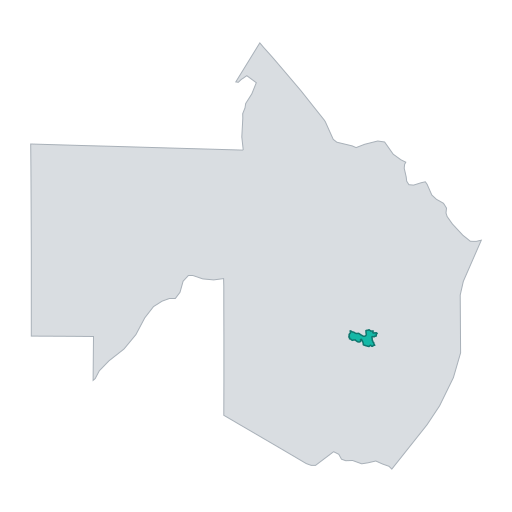 location of Tecpán Guatemala, Chimaltenango, Guatemala, rotated 270°
{"feature_id": "79465075B20320299128156", "entity_name": "Tecpán Guatemala", "entity_type": "district", "adm_level": 2, "iso_a3": "GTM", "parent_name": "Guatemala", "parent_adm1": "Chimaltenango", "projection": "orthographic", "projection_center": [-90.996, 14.81], "detail": "fine", "context": "in_parent", "style": "filled", "palette": "teal", "viewbox_px": 512, "rotation_deg": 270, "n_neighbors": 0, "source": "geoboundaries", "source_scale": "gbopen_adm2", "svg_char_len": 4158}
<svg xmlns="http://www.w3.org/2000/svg" viewBox="0 0 512 512"><g transform="rotate(270 256 256)"><path d="M42.9,391.8L45.7,389.0L48.0,382.5L51.0,375.8L49.2,368.0L48.2,361.7L51.5,352.6L51.3,345.7L52.8,341.5L57.7,338.8L60.3,333.6L46.6,315.5L46.6,311.3L48.4,306.3L59.7,287.1L73.1,264.2L87.8,239.0L96.7,223.8L128.8,223.9L150.0,223.9L177.0,223.9L206.3,223.8L225.5,223.8L233.4,223.6L232.1,213.7L233.1,202.8L236.5,192.8L236.5,188.4L230.8,183.1L219.7,180.0L213.5,175.3L213.5,169.3L210.8,162.0L205.4,153.5L194.2,144.8L177.4,135.9L163.0,124.0L151.2,109.0L141.2,99.3L133.4,95.2L131.6,93.1L154.2,93.3L175.5,93.5L175.7,72.0L175.8,52.9L175.9,31.3L214.5,31.3L260.6,31.3L308.4,31.1L345.9,30.9L368.0,30.7L367.2,57.5L366.3,88.5L365.7,111.2L364.8,141.7L363.9,172.8L362.7,215.2L361.9,242.6L362.4,243.2L375.0,241.8L393.7,242.8L398.3,242.7L404.1,245.0L408.5,245.7L418.1,251.8L429.3,256.3L436.3,246.8L432.5,241.2L429.7,238.3L430.1,235.8L469.1,259.8L464.6,263.6L454.8,272.4L437.1,287.5L421.2,301.0L405.8,313.2L392.0,324.2L390.3,325.3L372.7,333.2L369.8,336.8L366.1,352.2L364.4,356.1L367.7,364.6L371.0,377.7L370.0,384.6L357.8,393.2L352.2,400.9L349.8,405.8L347.6,404.6L343.8,404.2L335.0,406.2L330.8,406.7L327.3,408.9L326.9,413.6L329.3,421.3L330.2,425.3L327.7,427.1L317.0,431.8L312.7,436.4L308.7,443.5L303.9,446.5L299.0,446.0L295.5,447.1L288.0,452.4L276.8,462.8L270.7,470.4L270.6,476.2L271.8,481.3L230.6,463.3L216.9,460.2L159.2,460.6L134.4,453.4L106.2,439.6L87.2,427.0L42.9,391.8Z" fill="#d9dde1" stroke="#a8b0b8" stroke-width="1"/><path d="M167.1,363.5L166.7,364.6L166.5,365.2L166.4,365.7L166.3,365.8L166.0,367.0L165.8,367.5L165.7,368.3L165.5,368.8L165.5,369.0L166.2,369.7L166.5,370.0L166.7,370.3L166.7,370.6L166.6,370.9L166.2,371.2L166.0,371.4L165.8,371.6L165.8,371.8L165.7,372.3L165.8,372.5L166.0,372.9L166.4,373.2L166.5,373.5L166.7,373.8L166.8,374.6L167.2,374.5L167.5,374.3L167.9,374.0L168.4,373.8L168.5,373.8L169.0,373.8L169.3,373.7L169.5,373.6L169.7,373.3L170.0,372.9L171.1,372.7L171.6,372.3L172.1,372.2L173.2,372.2L173.9,372.0L174.2,372.0L174.8,372.0L175.2,372.0L175.4,372.1L175.4,372.5L175.3,373.3L175.2,374.2L175.4,374.5L175.5,374.5L175.8,374.8L175.9,375.4L175.8,375.9L176.1,376.2L176.8,376.3L177.1,376.3L177.3,376.3L177.6,376.3L177.9,376.3L178.0,376.4L178.1,376.6L178.3,376.9L178.5,377.1L178.9,376.8L179.0,376.5L179.2,376.4L179.2,375.7L179.2,375.3L179.1,374.0L179.0,373.9L179.0,373.7L179.0,373.3L179.1,373.1L179.6,372.8L180.1,372.8L180.3,372.8L180.9,373.2L181.0,373.1L181.0,372.0L181.0,371.7L180.9,371.1L180.9,370.8L181.1,370.5L181.3,370.4L181.4,370.2L181.5,370.0L181.7,369.7L181.8,369.6L182.2,369.2L182.2,368.8L181.9,368.6L181.7,366.8L181.5,366.2L181.4,366.0L181.2,365.9L180.7,366.0L180.1,366.0L179.7,366.0L177.5,366.3L177.0,366.2L176.9,366.1L176.6,365.9L176.2,365.6L176.0,365.3L175.8,364.7L175.7,364.4L175.7,363.8L175.9,363.1L177.1,361.0L177.4,360.5L177.6,360.2L177.9,359.8L178.0,359.7L178.4,359.1L178.5,358.9L178.6,358.6L178.7,358.4L178.6,358.0L178.6,357.1L178.5,356.8L178.6,356.1L178.7,355.5L179.5,354.3L179.6,354.1L179.8,353.8L179.9,353.4L180.0,352.5L180.2,352.1L180.7,351.3L180.9,351.1L181.0,350.9L181.1,350.4L180.9,350.4L180.8,350.2L180.7,350.2L180.5,350.3L180.1,350.6L179.9,350.6L179.7,350.4L179.4,350.4L179.2,350.3L178.9,350.3L178.8,350.2L178.7,350.2L178.5,349.9L178.4,349.8L178.3,349.7L178.1,349.6L177.9,349.5L177.7,349.4L177.7,349.2L177.4,349.1L177.1,349.2L176.9,349.2L176.4,349.1L176.1,349.3L175.9,349.3L175.8,349.2L175.7,349.0L175.4,349.0L175.3,348.9L175.2,348.9L174.9,348.9L174.8,349.0L174.7,349.1L174.6,349.3L174.5,349.5L174.4,349.5L174.4,349.4L174.2,349.4L174.0,349.5L173.9,349.5L173.7,349.5L173.4,349.6L173.2,349.6L173.0,350.4L172.7,350.9L172.5,351.1L172.3,351.4L171.8,352.0L171.7,352.3L171.7,352.6L171.9,353.1L172.0,353.6L172.0,354.0L172.0,354.8L172.1,355.2L171.5,355.8L171.3,356.1L170.6,357.0L170.4,357.3L170.3,357.6L170.2,357.7L170.0,358.9L170.0,359.3L170.2,359.7L170.3,360.0L170.5,360.3L170.5,360.5L171.0,360.7L172.1,360.5L172.3,360.5L172.5,360.7L172.6,361.0L172.7,361.3L172.6,361.5L172.3,361.7L172.2,361.7L171.6,362.0L171.4,362.2L170.1,362.8L169.5,363.0L168.7,363.2L167.3,363.3L167.1,363.5Z" fill="#14b8a6" stroke="#0f766e" stroke-width="1.5"/></g></svg>